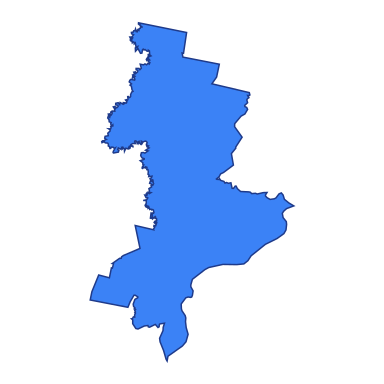 outline of La Capital, Santa Fe, Argentina
{"feature_id": "61730980B6439123039884", "entity_name": "La Capital", "entity_type": "district", "adm_level": 2, "iso_a3": "ARG", "parent_name": "Argentina", "parent_adm1": "Santa Fe", "projection": "mercator", "projection_center": [-60.794, -31.494], "detail": "fine", "context": "isolated", "style": "filled", "palette": "blue", "viewbox_px": 384, "rotation_deg": 0, "n_neighbors": 0, "source": "geoboundaries", "source_scale": "gbopen_adm2", "svg_char_len": 6002}
<svg xmlns="http://www.w3.org/2000/svg" viewBox="0 0 384 384"><path d="M181.2,304.0L185.8,297.8L188.1,297.0L190.8,297.4L191.7,297.0L192.4,295.4L193.1,290.9L190.9,286.9L190.8,285.0L192.4,279.3L204.9,269.6L208.8,267.5L222.9,264.4L236.8,264.6L243.9,263.9L247.9,260.7L251.1,255.8L265.4,244.3L277.1,238.5L283.9,233.6L286.0,229.9L286.6,224.4L286.3,221.6L283.1,217.6L282.3,213.3L283.8,211.1L286.6,208.6L293.8,205.9L288.8,202.9L284.4,199.3L283.1,195.0L281.3,192.9L279.0,193.9L276.0,197.9L274.3,198.8L270.1,199.4L267.1,197.7L265.5,196.0L265.5,194.9L267.0,192.5L263.3,192.6L257.2,194.0L255.5,193.3L251.7,193.6L250.3,192.2L248.9,191.9L240.6,191.5L237.4,188.7L236.1,186.1L235.2,186.1L233.5,188.4L232.1,188.3L230.9,182.8L228.4,183.3L226.5,182.5L225.0,183.1L223.9,181.4L220.7,180.4L219.5,178.6L219.3,179.5L216.7,179.3L216.4,179.0L219.1,176.7L220.6,173.9L223.5,172.5L233.4,165.1L231.4,153.6L235.8,148.2L235.7,147.1L242.1,137.2L234.6,126.7L234.7,123.7L241.1,116.1L244.9,114.0L247.6,109.4L246.7,107.4L244.9,106.6L244.7,105.4L247.6,102.7L246.8,99.9L247.5,98.6L248.9,97.7L247.6,95.4L249.3,95.5L249.9,95.0L249.3,92.6L211.9,83.8L216.6,77.1L219.3,64.2L182.9,57.1L182.1,53.0L183.5,53.3L186.6,32.5L139.6,23.0L140.4,23.9L140.0,24.1L138.5,23.2L138.4,24.0L142.6,27.4L140.5,26.8L140.3,28.3L139.0,28.8L138.9,30.4L137.8,29.7L137.4,31.4L136.6,30.6L136.4,32.3L135.5,29.0L135.0,30.6L133.7,30.8L133.2,32.1L131.4,32.4L131.6,33.8L133.6,34.7L132.0,36.8L132.8,37.8L132.4,38.4L131.3,37.0L129.8,37.0L130.4,38.3L131.8,39.4L131.3,40.4L130.6,39.1L130.2,40.0L130.8,40.9L132.1,41.2L132.3,42.8L133.2,41.9L134.1,42.3L134.2,43.8L135.3,42.8L136.0,46.9L137.8,46.4L137.0,47.8L135.9,47.3L135.3,47.9L135.5,51.2L138.0,48.6L140.5,53.3L141.9,53.1L142.5,49.8L143.2,49.1L144.1,50.0L145.0,49.5L147.1,51.2L148.6,51.1L148.5,50.3L149.4,50.9L149.7,54.2L148.2,54.5L148.3,55.6L150.0,55.1L151.0,55.9L148.9,56.7L148.0,58.2L147.7,57.3L146.3,59.4L146.8,60.4L147.9,59.0L149.0,59.1L149.7,60.0L148.4,60.3L148.3,61.5L149.9,62.6L149.2,64.1L148.0,63.3L146.6,64.8L145.0,63.9L143.5,64.8L140.2,64.2L141.3,68.2L139.9,69.7L139.0,68.4L136.1,68.4L136.1,69.7L137.8,70.5L137.6,71.9L135.7,73.5L135.4,71.9L133.8,72.2L134.7,73.8L132.8,74.9L135.1,76.3L134.6,76.8L132.8,76.0L132.4,78.1L134.1,77.3L134.9,79.3L134.6,80.1L130.8,79.4L129.8,80.3L129.2,81.9L131.5,83.9L130.0,85.1L131.4,86.2L132.0,89.7L133.0,91.4L131.8,91.9L130.6,94.5L130.6,96.5L130.1,97.2L129.2,97.6L128.4,96.5L127.7,96.6L128.0,99.2L127.6,100.1L126.9,100.5L126.5,99.7L125.5,100.0L126.9,101.7L126.4,103.0L123.3,102.6L123.2,103.3L124.7,103.4L123.2,104.3L120.1,102.5L119.7,104.5L118.2,102.7L115.7,103.3L115.7,104.9L117.9,105.3L118.2,106.4L117.0,107.6L114.6,106.5L113.3,106.9L114.4,108.5L115.5,108.6L114.6,109.8L114.8,111.2L112.1,111.0L110.8,112.0L110.8,112.5L112.1,112.3L112.1,113.6L111.2,115.0L110.0,113.8L108.3,114.1L108.8,115.2L110.2,115.6L109.7,117.4L108.3,116.1L107.7,118.0L109.0,119.7L109.2,121.8L111.2,122.6L110.7,123.8L111.2,125.3L112.0,125.6L112.8,124.8L112.9,125.9L110.7,126.5L111.1,127.6L110.6,128.9L108.6,128.8L110.1,129.8L110.1,131.0L107.8,133.2L108.3,135.7L105.1,136.3L104.7,138.2L106.2,139.4L105.2,139.5L104.6,140.7L102.6,140.8L101.7,141.6L102.0,142.7L104.1,141.7L105.3,142.9L107.7,143.1L108.3,144.0L108.3,146.0L109.4,146.5L110.0,148.5L110.7,148.4L111.3,147.1L113.1,147.2L114.2,148.3L115.3,147.8L113.3,151.3L113.1,152.6L113.6,153.0L118.4,152.1L118.9,150.4L117.7,149.6L118.3,147.9L120.4,149.1L121.9,147.9L122.0,149.3L122.8,148.6L121.8,147.3L122.8,147.1L123.3,148.1L124.3,148.6L124.5,151.2L125.9,148.2L128.2,149.0L129.9,148.4L130.1,147.6L128.4,148.0L129.3,146.3L130.5,146.1L130.6,145.6L132.9,146.8L133.0,146.2L131.5,145.5L131.1,144.5L132.9,143.5L135.6,143.6L134.6,141.8L135.0,140.9L135.9,140.9L138.0,143.9L138.5,142.8L137.3,142.2L139.1,141.3L139.6,143.2L140.8,144.3L141.4,143.7L141.3,141.1L141.9,141.4L142.1,143.5L143.1,141.9L144.6,141.3L145.8,141.1L147.1,142.3L146.5,145.1L148.5,145.9L147.7,146.5L146.7,145.6L147.0,146.8L149.1,147.9L145.6,150.2L148.1,150.9L144.9,153.1L143.4,152.5L141.4,152.7L140.7,155.2L141.1,156.5L142.3,158.1L144.2,158.6L144.2,159.3L140.2,160.7L142.8,162.7L142.9,164.6L143.8,164.9L142.2,167.2L142.2,168.3L142.7,168.5L143.8,167.2L145.2,168.0L145.6,166.8L146.9,167.3L146.8,169.6L147.9,169.6L148.3,171.8L148.0,174.3L149.1,175.1L148.7,176.6L152.0,176.2L151.4,177.9L150.0,178.6L150.8,180.5L152.1,179.7L152.9,180.0L153.2,182.3L151.9,181.1L150.3,181.3L149.6,183.3L152.3,184.6L153.3,184.3L153.0,185.0L151.1,185.7L151.6,186.9L148.9,188.6L149.4,190.5L148.9,192.1L151.0,192.6L149.4,193.6L149.0,192.8L148.3,192.8L147.2,194.2L147.0,192.8L146.2,193.9L146.8,194.3L146.9,195.5L144.8,195.1L146.0,197.6L147.7,197.8L147.5,198.6L146.7,199.7L143.2,200.5L145.8,200.4L146.2,200.9L146.3,203.2L145.1,205.3L145.7,206.7L147.3,207.5L146.0,205.5L146.4,205.2L147.8,206.5L148.0,207.8L148.7,206.7L149.7,209.5L151.0,209.1L151.8,210.0L152.7,209.5L153.4,210.0L153.9,212.6L153.5,213.3L152.2,212.9L152.2,215.1L151.0,213.6L150.4,218.2L151.3,218.4L151.8,217.1L152.5,217.0L152.7,218.8L155.2,216.5L155.6,217.1L155.2,218.4L156.5,218.6L156.7,220.7L155.1,221.1L154.1,222.4L155.1,223.5L156.1,222.0L156.8,222.5L155.6,225.9L154.0,225.5L153.8,226.3L154.6,227.5L153.4,229.1L153.7,229.8L135.2,225.5L140.0,248.4L123.4,255.5L121.6,256.8L121.2,258.3L119.6,258.3L112.3,263.5L113.5,263.7L112.4,268.1L111.4,267.9L109.4,277.8L98.7,275.0L91.9,291.7L90.2,300.0L127.9,307.3L130.2,301.7L134.0,295.2L135.1,295.2L137.8,296.8L137.8,297.7L134.9,299.4L133.2,304.1L133.6,306.5L135.0,308.0L134.2,308.9L135.5,309.5L134.7,310.5L135.4,311.9L134.8,312.7L135.4,313.2L134.6,315.0L134.7,317.1L133.4,316.9L132.4,318.6L131.5,318.8L132.7,319.8L132.7,323.7L135.8,328.5L138.0,329.0L144.3,326.0L147.9,325.5L148.3,326.9L149.6,327.2L155.3,324.4L158.0,327.5L159.1,326.8L159.4,324.4L160.0,323.9L164.5,323.2L163.2,327.3L163.0,330.6L159.6,338.3L160.1,341.9L163.6,350.6L166.1,359.3L167.1,361.0L168.0,356.2L182.4,346.0L186.0,341.8L188.1,334.3L186.2,327.6L185.5,321.7L185.8,318.0L185.2,315.6L181.9,310.6L181.4,308.6L181.2,304.0Z" fill="#3b82f6" stroke="#1e3a8a" stroke-width="1.5"/></svg>